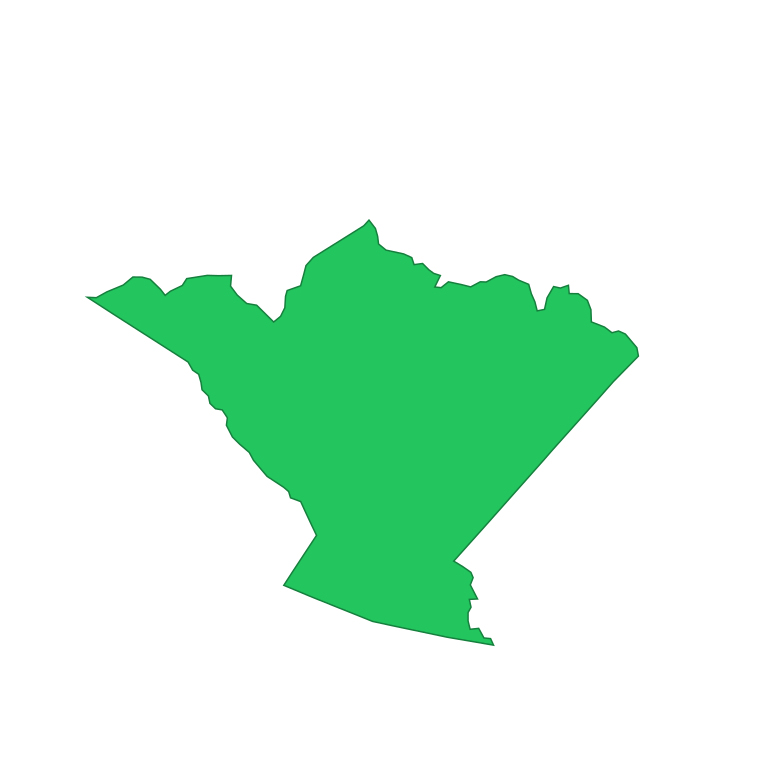 Correntes, Pernambuco, Brazil, rotated 227°
{"feature_id": "56859067B37982637523189", "entity_name": "Correntes", "entity_type": "district", "adm_level": 2, "iso_a3": "BRA", "parent_name": "Brazil", "parent_adm1": "Pernambuco", "projection": "mercator", "projection_center": [-36.322, -9.122], "detail": "fine", "context": "isolated", "style": "filled", "palette": "green", "viewbox_px": 768, "rotation_deg": 227, "n_neighbors": 0, "source": "geoboundaries", "source_scale": "gbopen_adm2", "svg_char_len": 1671}
<svg xmlns="http://www.w3.org/2000/svg" viewBox="0 0 768 768"><g transform="rotate(227 384 384)"><path d="M649.7,226.2L620.5,233.5L533.7,255.7L524.6,253.5L517.5,255.1L509.9,251.2L503.9,247.0L495.0,247.4L488.5,243.5L480.8,243.9L475.4,248.0L466.1,246.4L461.3,240.6L448.6,237.0L438.2,237.4L425.9,238.8L417.1,236.5L396.1,235.5L376.9,240.2L370.3,240.9L364.5,238.0L354.8,242.9L344.3,239.4L330.4,234.9L319.3,231.4L308.9,188.5L305.1,173.4L279.5,185.0L270.0,189.4L223.6,211.2L218.2,213.7L201.2,225.5L155.6,257.6L118.3,286.0L125.1,288.3L130.1,283.9L140.7,286.6L145.9,279.7L153.4,283.9L159.5,289.6L161.4,295.4L168.3,299.5L163.0,305.8L178.2,310.1L181.6,317.1L187.0,319.1L196.5,317.1L206.9,314.2L211.3,362.8L219.4,448.4L220.8,461.7L226.8,527.7L229.3,553.3L230.9,589.1L238.1,593.7L255.9,594.6L262.8,591.7L266.0,585.7L275.2,584.1L288.0,578.0L297.2,586.0L306.5,589.8L317.6,587.6L323.8,581.1L330.4,586.2L333.9,578.4L339.6,574.5L335.8,562.0L329.1,552.3L333.0,545.9L341.2,550.4L349.5,553.3L358.2,557.8L368.1,553.3L374.9,551.4L381.6,546.9L386.0,539.2L388.9,528.3L393.1,524.1L395.9,513.6L404.1,508.3L414.8,500.8L415.5,491.5L420.3,487.3L424.9,499.2L431.0,495.8L436.9,494.7L445.8,494.4L450.8,487.4L457.5,490.5L465.7,487.1L480.5,476.8L490.1,475.5L496.4,480.1L503.6,483.8L514.1,484.8L513.5,477.1L524.8,418.6L523.8,407.7L519.1,400.4L512.7,390.0L518.4,376.9L515.3,371.8L507.4,363.5L504.0,354.5L504.6,345.6L528.5,344.6L536.5,338.5L549.1,337.3L560.2,338.5L567.4,346.5L576.0,336.9L583.9,328.9L595.6,311.6L593.6,303.6L597.5,291.2L598.1,284.4L605.7,285.1L620.0,284.4L627.1,280.0L633.5,273.3L634.2,260.8L640.4,244.1L643.3,232.5L649.7,226.2Z" fill="#22c55e" stroke="#15803d" stroke-width="1.5"/></g></svg>